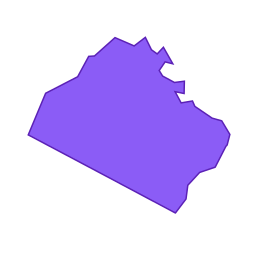 Lee, North Carolina, United States of America, rotated 81°
{"feature_id": "52423323B85363344539389", "entity_name": "Lee", "entity_type": "district", "adm_level": 2, "iso_a3": "USA", "parent_name": "United States of America", "parent_adm1": "North Carolina", "projection": "equal_earth", "projection_center": [-79.189, 35.468], "detail": "fine", "context": "isolated", "style": "filled", "palette": "violet", "viewbox_px": 256, "rotation_deg": 81, "n_neighbors": 0, "source": "geoboundaries", "source_scale": "gbopen_adm2", "svg_char_len": 600}
<svg xmlns="http://www.w3.org/2000/svg" viewBox="0 0 256 256"><g transform="rotate(81 128 128)"><path d="M41.2,96.7L47.9,109.1L36.7,126.7L51.6,149.8L51.6,150.0L51.1,155.6L69.5,169.7L80.8,203.9L119.2,227.6L169.3,160.9L219.2,94.7L219.3,94.6L219.3,94.4L207.2,81.8L193.9,77.9L183.1,64.2L180.3,48.0L161.3,34.1L161.1,33.8L160.9,33.5L160.7,33.2L160.2,32.7L150.3,28.4L135.6,34.3L131.4,43.4L117.1,58.6L111.4,60.1L111.5,71.6L99.5,75.8L102.7,67.2L90.6,65.0L90.3,75.0L82.1,85.7L76.1,88.2L68.5,81.0L71.6,73.7L53.8,80.4L59.4,87.6L54.4,92.6L41.2,96.7Z" fill="#8b5cf6" stroke="#5b21b6" stroke-width="1.5"/></g></svg>